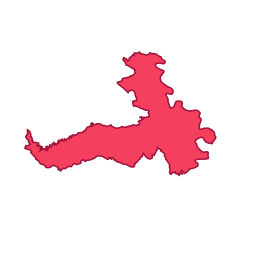 Telle, Quthing, Lesotho, rotated 123°
{"feature_id": "5366337B55047013089331", "entity_name": "Telle", "entity_type": "district", "adm_level": 2, "iso_a3": "LSO", "parent_name": "Lesotho", "parent_adm1": "Quthing", "projection": "equal_earth", "projection_center": [28.078, -30.25], "detail": "fine", "context": "isolated", "style": "filled", "palette": "rose", "viewbox_px": 256, "rotation_deg": 123, "n_neighbors": 0, "source": "geoboundaries", "source_scale": "gbopen_adm2", "svg_char_len": 5912}
<svg xmlns="http://www.w3.org/2000/svg" viewBox="0 0 256 256"><g transform="rotate(123 128 128)"><path d="M183.6,211.9L186.6,209.8L186.9,209.0L190.1,209.2L191.3,208.8L192.3,206.4L192.6,204.6L194.2,203.4L194.9,201.1L197.2,202.1L198.4,204.1L200.9,203.6L201.2,203.3L199.6,197.6L200.0,196.9L201.6,196.1L203.2,189.4L204.4,188.4L204.4,184.9L205.6,182.4L205.7,181.5L204.9,179.2L204.6,177.7L205.7,175.5L205.3,174.1L203.9,172.3L202.5,171.4L200.9,171.3L199.6,169.3L199.2,165.5L199.4,164.8L200.3,164.5L201.0,163.8L200.9,163.4L199.8,163.3L199.6,162.8L200.8,161.3L197.5,160.6L196.2,158.5L192.9,157.2L191.2,154.4L188.6,154.4L186.9,153.4L186.6,152.9L186.7,151.6L186.3,150.7L183.2,148.4L181.6,149.4L180.0,148.9L178.8,147.6L179.5,146.0L179.1,145.4L177.4,144.8L176.1,143.1L174.1,141.3L172.4,140.5L171.9,139.7L170.9,139.6L167.6,138.2L165.7,133.6L165.5,128.3L164.4,127.3L163.8,127.4L163.5,126.9L163.1,127.4L163.1,125.3L162.4,126.2L161.0,124.4L162.1,123.6L161.9,121.6L161.4,120.7L161.8,120.1L162.3,120.5L162.2,118.2L161.1,114.8L161.0,112.1L159.6,110.2L159.3,105.5L158.8,103.9L158.0,103.1L158.0,102.4L156.8,101.8L155.2,102.6L154.6,102.3L153.6,102.8L151.6,101.8L149.4,101.8L147.5,101.1L146.0,101.5L144.5,100.6L140.9,101.2L142.5,97.0L142.6,94.4L142.1,92.8L140.3,91.4L139.1,91.6L138.1,93.0L137.6,92.8L136.7,91.2L135.7,91.5L134.4,91.2L132.5,91.9L130.6,91.6L129.7,92.1L128.9,91.7L128.4,92.3L128.5,90.0L128.2,88.2L129.4,88.1L129.2,87.0L129.8,83.1L130.3,82.6L131.0,82.7L131.5,82.3L131.9,81.6L132.1,80.6L133.5,79.6L134.7,76.1L135.3,75.4L135.3,74.6L136.2,73.1L137.1,72.7L137.5,71.8L138.2,72.0L138.7,71.6L139.1,70.9L141.0,69.2L141.8,69.4L142.8,68.9L143.6,67.1L142.9,66.5L140.6,66.4L140.4,65.3L138.9,64.3L139.0,64.0L140.1,63.8L139.6,60.2L140.0,59.5L139.5,59.3L138.7,60.5L138.1,60.5L137.7,58.7L136.7,59.0L137.0,57.6L136.7,57.3L136.2,59.1L134.4,60.0L134.5,58.6L135.3,55.7L131.3,54.1L129.4,54.0L128.1,53.4L125.4,50.7L122.3,48.9L121.5,49.0L119.8,49.9L119.5,50.9L119.7,52.9L118.7,53.9L117.8,53.8L116.7,52.9L114.7,50.4L111.4,45.4L109.8,44.1L109.1,44.3L107.0,46.3L104.9,47.3L104.7,48.2L105.0,48.8L107.3,51.9L107.6,53.0L106.5,58.6L105.8,60.0L104.1,61.7L103.8,62.8L102.7,64.3L100.9,64.5L98.3,63.5L95.4,60.9L95.4,59.5L96.9,57.0L97.3,54.4L96.5,51.4L95.3,48.9L93.6,49.7L93.5,49.2L89.5,48.9L87.9,49.3L86.9,51.3L85.6,52.3L84.6,53.6L84.0,56.2L84.0,57.8L84.4,60.6L84.8,61.3L86.9,64.2L89.1,65.9L89.8,66.7L89.8,67.4L89.5,67.9L86.4,69.8L81.4,71.0L80.6,71.8L79.8,74.6L76.1,75.7L75.4,78.7L76.0,80.8L79.7,84.9L81.1,87.9L81.6,89.9L80.9,94.0L80.1,94.8L77.3,96.2L76.8,97.2L76.7,97.8L77.8,100.2L79.0,101.7L80.0,102.1L80.7,102.2L84.9,101.1L87.8,102.4L88.0,103.2L87.2,104.7L84.4,108.4L81.9,110.3L79.8,113.8L78.8,114.6L77.5,113.6L76.3,110.4L75.7,109.5L73.6,109.7L72.2,110.5L71.2,112.6L71.2,115.0L71.8,117.2L71.4,124.0L71.0,125.8L67.9,128.7L61.2,128.4L60.7,129.2L60.7,130.6L61.4,133.4L61.6,136.0L61.3,138.0L60.0,139.4L58.4,139.3L57.7,138.6L56.3,136.9L55.1,133.7L54.3,132.8L52.8,132.6L51.7,133.3L51.7,136.8L51.5,137.7L50.3,139.3L50.8,140.2L50.9,143.4L50.6,144.2L51.3,145.8L51.4,147.0L52.6,147.8L52.9,150.6L54.1,150.6L55.7,151.2L56.9,152.4L57.8,155.7L58.7,157.4L58.1,159.8L60.0,160.6L61.5,163.4L62.4,163.5L63.8,162.2L64.0,163.9L65.0,163.8L68.7,165.0L70.5,164.2L71.9,165.2L71.9,165.7L70.9,166.5L71.3,169.8L72.0,169.4L73.3,169.7L74.5,166.2L76.2,163.7L75.7,162.3L75.4,154.8L75.5,153.8L76.1,153.9L78.0,151.9L81.8,152.9L83.0,154.4L84.4,154.6L86.3,156.2L88.2,158.4L89.5,159.5L91.8,158.8L93.7,160.2L95.0,161.6L95.9,161.7L96.6,159.6L97.0,153.6L98.3,147.2L96.4,147.3L94.6,145.7L93.7,144.5L94.1,142.2L94.6,142.0L95.3,140.7L96.1,140.3L97.9,138.0L97.8,137.4L99.9,136.0L100.5,135.7L101.3,137.1L102.7,137.6L102.6,138.5L103.1,138.5L105.4,136.7L106.6,135.3L105.6,134.1L105.3,132.5L104.7,131.6L104.6,128.4L103.9,125.9L103.9,124.5L103.3,122.5L102.5,121.7L102.3,120.2L102.6,119.2L104.0,119.5L106.2,116.8L107.2,116.6L108.6,118.3L109.6,118.6L110.1,119.4L110.1,120.2L111.4,121.8L111.4,123.0L112.3,123.9L112.7,123.4L112.0,122.3L112.5,121.6L112.5,120.3L113.4,121.1L114.4,120.8L115.3,122.4L116.9,122.8L118.1,120.4L119.1,120.3L120.2,121.9L121.1,122.2L122.4,125.1L123.0,125.9L124.5,126.2L125.9,128.4L127.0,128.8L127.5,129.8L128.9,130.5L129.4,131.3L130.1,134.0L131.8,134.6L132.7,135.4L132.9,136.1L134.0,136.7L134.5,137.4L135.3,141.4L135.2,142.7L134.6,143.8L137.8,146.1L138.8,148.3L138.7,149.3L139.8,150.8L139.5,152.3L140.5,155.2L141.9,156.9L142.9,157.1L143.6,157.9L143.7,159.0L143.2,159.7L143.6,161.2L144.7,161.4L145.0,160.5L144.9,159.7L145.8,159.0L146.5,159.4L146.6,160.8L147.7,161.0L149.5,162.6L152.7,162.7L153.2,162.3L154.4,163.5L156.1,163.4L157.0,164.7L157.9,165.0L158.0,165.7L159.3,167.2L160.4,166.9L161.1,167.4L161.2,167.0L161.7,167.1L162.1,168.1L163.4,168.6L163.2,169.2L163.6,170.2L164.9,171.2L165.2,171.1L165.2,170.3L166.1,170.1L166.8,170.5L167.0,170.9L166.4,171.0L166.3,171.4L166.7,172.4L167.5,172.4L168.8,171.3L169.7,173.1L171.5,173.6L172.2,173.3L172.3,173.7L171.8,174.5L171.8,175.4L172.9,175.1L173.2,174.4L173.6,174.5L173.8,176.1L173.2,177.2L173.7,177.3L174.3,176.2L174.8,176.2L174.6,177.1L175.0,178.2L176.9,178.1L175.8,178.8L175.9,179.3L176.7,178.9L177.3,179.5L178.5,179.0L178.8,178.2L179.9,179.1L181.1,179.0L181.9,180.4L181.0,180.0L180.6,180.2L180.5,182.1L182.0,181.0L181.9,182.3L182.2,183.0L185.4,182.3L184.7,183.2L184.7,184.3L187.0,183.6L187.4,185.9L187.8,186.4L188.4,186.6L189.1,186.2L188.9,183.7L190.4,185.0L190.7,184.9L190.7,183.8L191.2,183.7L191.5,186.1L190.8,186.6L191.5,187.2L191.5,188.4L192.0,189.6L192.5,189.4L193.1,188.3L194.8,189.3L193.5,189.5L192.9,190.4L191.5,190.2L191.3,189.5L190.7,189.5L190.5,190.0L190.9,191.2L191.5,191.6L190.8,192.6L191.6,193.0L191.8,193.8L192.3,193.9L192.7,194.4L192.1,194.9L190.6,194.1L189.3,194.8L190.1,196.1L190.2,197.5L191.4,198.9L191.8,200.2L190.6,200.6L190.9,201.5L189.4,202.1L188.1,204.1L188.2,204.8L186.6,205.8L186.2,206.6L185.6,206.7L185.0,207.6L184.4,208.8L184.4,210.9L183.6,211.9Z" fill="#f43f5e" stroke="#9f1239" stroke-width="1.5"/></g></svg>